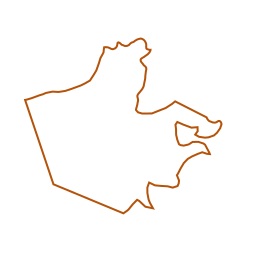 the district of En Pois Doux/Babonneau, Castries, Saint Lucia, rotated 340°
{"feature_id": "8701671B38196244900111", "entity_name": "En Pois Doux/Babonneau", "entity_type": "district", "adm_level": 2, "iso_a3": "LCA", "parent_name": "Saint Lucia", "parent_adm1": "Castries", "projection": "mercator", "projection_center": [-60.937, 13.989], "detail": "fine", "context": "isolated", "style": "outline", "palette": "amber", "viewbox_px": 256, "rotation_deg": 340, "n_neighbors": 0, "source": "geoboundaries", "source_scale": "gbopen_adm2", "svg_char_len": 5315}
<svg xmlns="http://www.w3.org/2000/svg" viewBox="0 0 256 256"><g transform="rotate(340 128 128)"><path d="M148.3,44.4L148.1,44.3L147.8,44.3L147.6,44.3L147.3,44.5L147.2,44.6L147.0,44.9L146.8,45.4L146.6,45.8L146.4,46.2L145.8,46.9L145.7,47.1L145.3,47.6L145.0,47.8L144.8,48.0L144.5,48.1L144.3,48.3L144.0,48.4L143.6,48.5L143.3,48.7L143.1,48.7L142.8,48.8L142.6,48.8L142.3,48.8L142.0,48.8L141.1,48.8L140.9,48.8L140.7,48.7L140.3,48.6L140.2,48.5L140.1,48.4L139.7,48.2L139.3,47.9L139.1,47.7L138.6,47.2L138.1,46.6L137.9,46.4L137.7,46.3L137.5,46.0L137.3,45.8L137.0,45.6L136.5,45.3L136.4,45.2L136.2,45.1L135.9,44.9L135.7,44.9L134.9,44.6L134.7,44.4L134.4,44.3L133.8,44.2L133.2,44.0L132.3,45.6L130.8,48.7L126.0,52.9L122.7,57.3L117.9,63.1L114.1,66.2L108.5,70.4L102.7,71.4L98.1,71.9L87.5,71.9L81.7,71.7L75.1,70.4L69.5,68.0L62.9,67.0L59.6,67.2L56.1,67.0L47.7,67.0L42.4,66.7L40.9,66.4L38.7,155.4L94.5,206.6L99.0,205.4L100.8,204.7L106.2,201.4L112.0,198.6L113.6,200.4L117.4,207.9L124.0,212.0L123.0,205.8L122.9,202.2L124.0,195.7L125.8,190.6L129.2,186.5L133.7,191.1L139.0,193.6L145.4,196.4L149.6,199.3L154.7,199.5L156.7,197.4L158.0,194.7L157.8,189.1L159.3,188.0L163.6,184.0L168.5,180.0L173.5,177.5L178.5,176.6L184.6,176.2L189.5,176.2L193.3,179.2L196.0,180.5L196.0,179.5L195.8,177.8L195.4,175.0L194.7,170.0L193.5,168.3L189.4,165.1L184.0,163.2L179.3,164.2L174.3,163.6L171.6,162.1L170.4,160.7L170.3,156.1L170.9,150.9L172.9,145.0L173.7,141.2L176.4,139.2L181.2,143.8L187.8,149.4L193.6,151.0L192.4,154.8L188.9,157.2L191.8,160.6L197.0,163.4L200.4,164.3L206.2,164.4L210.0,162.9L214.6,159.7L214.8,159.3L214.9,159.2L215.0,159.1L215.3,158.8L215.7,158.2L216.2,157.7L216.5,157.3L216.6,157.2L216.9,156.8L216.9,156.6L217.0,156.4L217.2,156.2L217.2,155.9L217.3,155.6L217.3,155.2L217.3,154.7L217.2,154.3L217.1,154.0L217.1,153.7L216.8,153.2L216.7,153.0L216.5,152.8L216.2,152.7L215.9,152.5L215.6,152.4L215.1,152.4L214.7,152.4L214.3,152.5L213.8,152.7L213.6,152.7L213.2,152.8L212.2,152.8L211.8,152.7L211.1,152.5L210.4,152.2L210.1,152.1L209.7,151.9L209.5,151.7L209.3,151.5L208.9,151.2L208.1,150.5L207.9,150.3L207.6,150.0L207.4,149.9L207.0,149.5L206.7,149.2L206.4,148.7L206.1,148.1L206.0,147.8L205.9,147.5L205.9,147.4L205.6,146.5L205.6,146.1L205.5,145.6L205.5,145.3L205.5,144.9L181.4,119.1L177.8,120.4L170.3,122.1L162.3,122.3L155.4,122.5L146.3,119.3L142.8,116.7L141.7,114.0L141.7,113.9L141.8,113.5L141.9,113.3L142.0,113.1L142.1,112.9L142.5,112.4L143.0,111.7L143.8,110.6L144.0,110.3L144.2,110.0L145.1,108.7L145.3,108.2L145.5,107.8L145.7,107.5L145.9,107.1L146.0,107.0L146.3,106.6L146.5,106.4L146.7,105.9L146.8,105.8L146.9,105.5L147.0,105.3L147.0,105.1L147.2,104.4L147.3,103.7L147.4,103.3L147.4,103.1L147.4,102.4L147.5,102.2L147.6,101.7L147.7,101.3L147.7,101.1L147.9,100.9L148.1,100.6L148.3,100.4L148.5,100.1L149.4,99.4L149.8,99.2L150.0,99.0L150.3,98.9L150.8,98.6L151.2,98.4L151.6,98.2L152.2,97.8L152.5,97.6L152.9,97.3L153.3,97.2L153.6,97.0L153.8,96.8L154.1,96.7L154.4,96.4L154.8,96.2L155.1,95.9L155.7,95.4L156.3,94.8L156.8,94.4L156.9,94.2L157.0,94.1L157.2,93.7L157.6,93.1L158.2,92.1L158.8,91.1L159.2,90.5L159.4,90.1L159.5,90.0L160.1,89.0L160.2,88.9L160.4,88.5L160.7,88.0L160.8,87.8L161.1,87.4L161.2,87.1L161.4,86.7L161.5,86.5L161.6,86.1L161.8,85.7L162.1,85.0L162.2,84.8L162.7,83.8L162.8,83.6L163.1,83.0L163.4,82.4L163.5,82.2L163.7,81.8L163.9,81.4L164.1,81.0L164.4,80.6L164.5,80.4L165.0,79.5L165.2,79.2L165.3,79.1L165.4,78.7L165.5,78.3L165.6,77.9L165.7,77.5L165.6,77.3L165.6,77.1L165.5,76.9L165.4,76.3L165.1,75.8L164.7,75.1L164.5,74.7L164.3,74.4L164.2,74.1L164.1,73.7L164.0,73.2L163.8,72.6L163.6,72.0L163.4,71.6L163.1,70.7L163.0,70.1L162.9,69.7L162.9,69.3L162.9,69.2L163.0,69.0L163.0,68.9L163.1,68.6L163.2,68.3L163.2,68.2L163.3,68.1L163.4,67.9L163.5,67.8L163.7,67.7L163.9,67.5L164.0,67.5L164.3,67.4L164.7,67.2L165.2,67.1L165.7,67.0L166.1,66.9L166.8,66.8L167.1,66.7L167.4,66.7L168.2,66.4L168.4,66.4L169.5,66.1L170.1,65.9L170.8,65.7L171.3,65.6L171.6,65.5L171.9,65.4L172.3,65.2L172.6,65.0L172.9,64.9L173.0,64.8L173.7,64.5L173.8,64.4L174.1,64.2L174.3,64.1L174.5,63.9L174.7,63.7L174.8,63.6L175.5,63.0L175.9,62.2L175.6,62.1L175.1,61.9L174.9,61.8L174.7,61.8L174.5,61.6L174.3,61.5L174.2,61.4L174.0,61.2L173.2,60.6L172.9,60.4L172.7,60.1L172.6,59.9L172.5,59.6L172.5,59.3L172.5,59.1L172.6,58.9L172.8,58.3L172.8,58.1L173.0,57.5L173.1,57.4L173.2,57.1L173.4,56.6L173.5,56.2L173.6,55.9L173.7,55.6L173.8,55.1L173.9,54.4L173.8,54.0L173.8,53.6L173.8,53.3L173.7,53.0L173.6,52.5L173.6,52.3L173.5,51.9L173.4,51.7L173.1,50.9L172.8,50.4L172.6,50.1L172.4,49.8L172.2,49.6L172.0,49.4L171.7,49.1L171.2,48.7L170.7,48.4L170.4,48.3L170.2,48.3L170.1,48.2L169.8,48.2L169.5,48.1L169.0,48.1L168.9,48.1L168.7,48.1L167.9,48.0L166.7,48.0L166.4,48.1L166.2,48.1L165.7,48.2L165.1,48.3L164.2,48.5L163.9,48.6L163.7,48.7L163.1,48.9L162.9,48.9L162.6,49.0L162.3,49.0L162.1,49.0L161.9,49.0L161.7,49.0L161.4,49.0L161.1,49.0L160.7,49.0L160.4,49.0L159.9,49.1L159.4,49.3L159.1,49.4L158.1,49.9L157.6,50.2L157.4,50.2L157.2,50.3L156.8,50.4L156.2,50.4L156.0,50.5L155.8,50.5L155.5,50.5L155.2,50.5L154.9,50.5L154.4,50.3L154.1,50.2L153.8,50.1L153.5,50.0L153.4,50.0L153.0,49.7L152.8,49.6L152.6,49.4L152.1,48.9L151.8,48.6L151.5,48.4L151.3,48.2L151.2,48.1L150.6,47.7L150.4,47.4L150.2,46.9L150.0,46.5L149.5,45.6L149.3,45.2L149.2,45.1L148.8,44.7L148.5,44.4L148.3,44.4Z" fill="none" stroke="#b45309" stroke-width="2"/></g></svg>